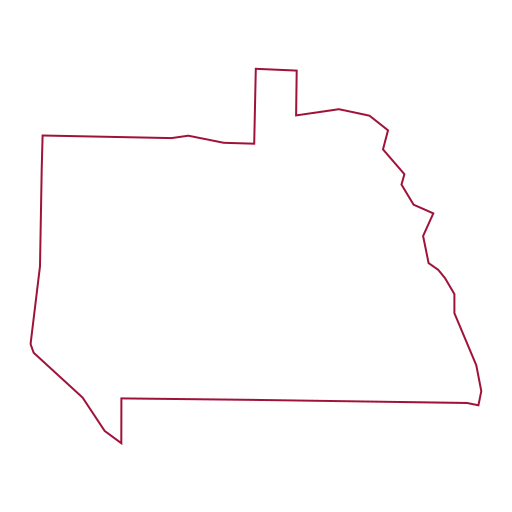 the district of Sumter, Georgia, United States of America
{"feature_id": "52423323B7701583683709", "entity_name": "Sumter", "entity_type": "district", "adm_level": 2, "iso_a3": "USA", "parent_name": "United States of America", "parent_adm1": "Georgia", "projection": "natural_earth1", "projection_center": [-84.143, 32.052], "detail": "fine", "context": "isolated", "style": "outline", "palette": "rose", "viewbox_px": 512, "rotation_deg": 0, "n_neighbors": 0, "source": "geoboundaries", "source_scale": "gbopen_adm2", "svg_char_len": 562}
<svg xmlns="http://www.w3.org/2000/svg" viewBox="0 0 512 512"><path d="M445.0,278.1L438.2,269.8L428.6,263.1L423.1,236.0L433.3,213.4L413.6,204.7L401.5,184.6L404.4,174.2L383.0,149.4L388.0,130.3L369.5,115.7L338.9,109.2L296.1,115.4L296.7,70.6L255.8,68.8L254.2,143.7L223.8,142.8L188.3,135.7L171.5,138.1L42.6,135.5L41.7,169.4L40.0,266.2L30.7,342.9L30.7,344.5L33.7,352.8L82.6,397.6L104.7,431.0L121.3,443.2L121.4,398.4L247.7,399.8L467.1,403.0L478.4,405.3L481.3,391.2L476.3,365.3L454.4,313.2L454.4,294.1L445.0,278.1Z" fill="none" stroke="#9f1239" stroke-width="2"/></svg>